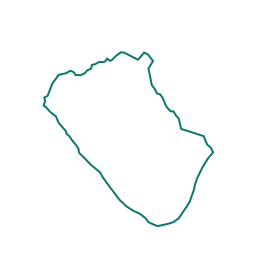 Barh-Signaka, Guéra, Chad (Robinson projection), rotated 207°
{"feature_id": "50815135B50589595383303", "entity_name": "Barh-Signaka", "entity_type": "district", "adm_level": 2, "iso_a3": "TCD", "parent_name": "Chad", "parent_adm1": "Guéra", "projection": "robinson", "projection_center": [18.652, 10.779], "detail": "fine", "context": "isolated", "style": "outline", "palette": "teal", "viewbox_px": 256, "rotation_deg": 207, "n_neighbors": 0, "source": "geoboundaries", "source_scale": "gbopen_adm2", "svg_char_len": 1322}
<svg xmlns="http://www.w3.org/2000/svg" viewBox="0 0 256 256"><g transform="rotate(207 128 128)"><path d="M41.1,144.9L45.2,148.0L50.0,149.2L56.8,155.1L70.1,153.0L80.2,151.3L87.3,159.6L91.0,160.9L94.9,163.5L97.6,162.2L102.0,163.8L105.3,165.8L108.0,168.2L111.1,170.8L114.9,172.6L117.8,172.0L121.9,174.9L126.2,177.0L136.8,190.4L136.1,199.1L143.7,202.6L147.8,202.5L147.8,202.4L150.1,193.4L165.4,193.4L168.4,192.4L168.7,192.3L172.0,185.5L172.9,181.8L174.3,179.9L174.5,179.6L178.0,180.4L178.5,177.0L178.6,176.9L180.4,175.1L183.5,173.9L186.2,170.1L188.7,167.7L187.9,164.0L190.6,160.8L191.3,157.3L194.1,153.6L198.9,151.4L201.6,153.1L205.3,152.9L207.4,149.7L207.8,148.9L212.4,145.1L213.0,144.6L213.5,144.2L213.9,143.8L215.6,133.1L214.2,120.2L216.4,117.0L214.1,114.5L213.3,109.6L210.6,109.4L208.5,108.5L204.2,106.9L197.6,105.7L192.2,101.1L185.6,98.5L181.8,96.9L180.1,94.8L179.3,94.7L178.0,94.4L176.8,94.2L172.3,91.7L168.8,90.2L166.9,89.4L162.9,87.1L160.3,83.7L155.7,82.3L143.9,78.2L133.1,75.9L127.5,72.3L117.5,67.2L110.0,63.6L102.8,60.1L93.4,57.4L85.9,56.7L78.7,56.9L71.8,55.7L66.9,53.4L62.5,53.5L57.1,54.0L52.9,57.4L48.4,61.2L44.9,64.7L41.8,70.6L40.2,83.7L40.0,84.5L40.0,85.0L40.0,85.4L39.7,88.7L39.6,90.6L41.3,103.5L42.5,107.3L43.6,115.0L43.8,126.6L43.0,136.9L41.1,144.9Z" fill="none" stroke="#0f766e" stroke-width="2"/></g></svg>